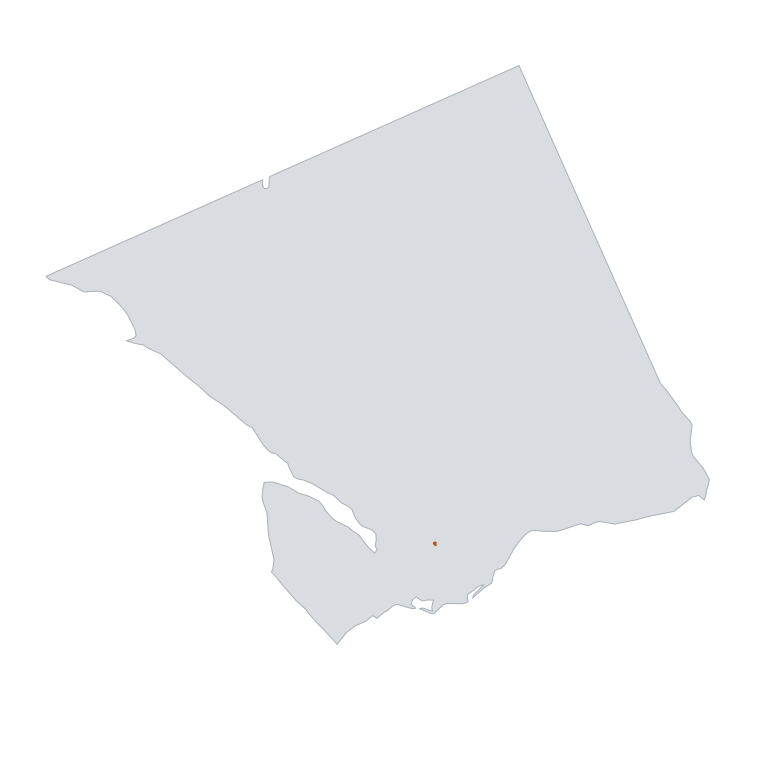 Qaha, Al Qalyubiyah, Egypt shown in context, rotated 156°
{"feature_id": "37247803B19157845766633", "entity_name": "Qaha", "entity_type": "district", "adm_level": 2, "iso_a3": "EGY", "parent_name": "Egypt", "parent_adm1": "Al Qalyubiyah", "projection": "mercator", "projection_center": [31.21, 30.293], "detail": "fine", "context": "in_parent", "style": "filled", "palette": "amber", "viewbox_px": 768, "rotation_deg": 156, "n_neighbors": 0, "source": "geoboundaries", "source_scale": "gbopen_adm2", "svg_char_len": 3773}
<svg xmlns="http://www.w3.org/2000/svg" viewBox="0 0 768 768"><g transform="rotate(156 384 384)"><path d="M648.8,619.9L634.5,619.9L620.3,619.9L606.0,619.9L591.7,619.9L577.4,619.9L563.1,619.9L548.8,619.9L534.6,619.9L520.3,619.9L506.0,619.9L491.7,620.0L477.4,620.0L463.2,620.0L448.9,620.0L434.6,620.0L420.3,620.0L412.2,620.0L413.6,615.8L414.4,612.8L413.5,610.8L410.7,610.3L408.9,610.9L404.6,619.7L402.4,620.0L397.3,620.0L380.7,620.0L364.0,620.0L347.4,620.0L330.8,620.0L314.1,620.0L297.5,620.0L280.9,620.0L264.3,620.0L247.6,620.0L231.0,620.0L214.4,620.0L197.8,620.0L181.1,620.0L164.5,620.0L147.9,620.0L131.2,620.0L131.2,609.4L131.2,598.8L131.2,588.3L131.2,577.7L131.2,567.0L131.2,556.4L131.2,545.7L131.2,535.1L131.2,524.4L131.2,513.7L131.2,502.9L131.2,492.2L131.2,481.4L131.2,470.6L131.2,459.8L131.2,449.0L131.2,438.2L131.2,427.3L131.2,416.4L131.2,405.5L131.2,394.6L131.2,383.6L131.2,372.6L131.2,361.6L131.2,350.6L131.2,339.6L131.2,328.5L131.2,317.4L131.2,306.3L131.2,295.2L131.2,284.0L131.2,272.8L130.9,270.7L128.4,263.1L126.3,253.4L123.9,241.5L123.6,237.6L119.5,225.3L119.2,221.8L120.2,219.3L126.8,208.8L128.7,203.8L130.4,197.7L131.0,192.7L129.0,185.1L126.8,178.3L126.0,171.2L125.7,164.3L129.0,159.6L133.1,155.2L134.6,152.5L137.0,149.4L138.6,148.0L141.9,154.2L148.7,155.3L171.0,149.7L195.5,155.3L209.1,157.4L229.9,162.1L242.7,170.6L246.1,171.6L255.3,171.5L261.3,176.4L285.1,178.8L297.8,184.3L305.0,188.6L309.3,190.0L313.2,189.8L318.3,188.1L324.9,185.0L332.0,180.8L346.7,169.8L351.9,167.9L355.3,168.4L359.4,168.2L361.1,165.2L363.3,163.2L364.7,160.9L366.9,158.1L374.6,157.3L389.9,152.5L388.2,154.8L374.2,160.1L380.2,160.8L386.4,159.0L393.3,157.8L394.6,155.5L395.5,151.2L396.9,150.6L401.7,151.4L416.1,158.0L419.7,158.2L429.8,154.6L432.0,153.8L435.2,155.8L442.7,164.0L440.1,163.8L432.1,156.8L431.4,160.3L426.8,166.5L432.5,169.2L437.2,170.2L439.6,173.6L441.2,176.6L445.8,175.3L449.1,171.2L447.4,168.8L446.2,166.4L447.7,166.4L450.9,168.3L460.0,176.2L463.0,177.9L466.6,177.6L474.0,175.4L476.0,175.7L486.0,172.8L487.1,175.0L488.8,177.1L496.8,174.7L509.3,174.7L519.6,172.2L531.5,165.9L532.5,165.0L533.1,166.5L534.5,170.8L538.1,181.6L541.3,190.1L545.2,201.8L546.4,206.3L546.9,209.4L552.5,222.2L555.8,232.8L558.3,241.3L561.7,253.8L563.2,258.1L560.8,260.3L555.9,268.4L550.7,293.9L543.3,313.8L542.4,326.2L541.2,330.6L537.7,336.9L533.4,343.0L525.8,339.9L513.4,329.1L506.2,318.8L498.4,312.2L491.1,303.4L489.1,297.0L489.2,292.9L486.0,283.0L483.6,278.3L474.7,267.6L472.1,261.9L470.2,259.4L468.2,255.9L465.0,242.0L461.4,233.2L457.4,235.6L458.1,239.3L454.6,244.5L452.4,250.4L454.1,255.3L461.4,262.6L462.9,265.8L464.6,272.8L464.3,282.3L465.5,285.5L470.9,292.5L472.9,296.7L474.1,300.2L475.9,303.5L481.3,309.6L489.1,321.1L496.5,328.9L501.9,332.7L504.1,336.4L504.6,346.1L504.2,350.7L508.9,359.4L510.7,363.8L515.2,367.4L517.3,371.5L519.2,378.1L522.1,397.6L526.0,402.4L538.2,428.0L548.4,444.1L553.4,456.1L561.0,470.6L575.8,502.5L584.6,512.3L588.2,517.8L594.6,522.0L601.5,528.2L594.9,527.6L593.2,527.9L590.9,529.0L589.8,532.7L589.3,535.7L590.1,551.7L591.9,559.8L597.7,575.2L602.1,579.8L604.2,582.8L607.1,585.0L620.9,590.2L628.9,601.2L647.0,615.2L648.8,619.0L648.8,619.9Z" fill="#d9dde1" stroke="#a8b0b8" stroke-width="1"/><path d="M403.3,218.3L403.3,218.2L403.4,217.9L403.5,217.7L403.5,217.4L403.5,217.2L403.4,217.1L403.3,216.9L403.2,216.9L402.9,216.8L402.9,216.7L402.7,216.3L402.6,216.1L402.7,215.9L402.7,215.7L402.4,215.6L402.2,215.6L402.1,215.8L402.3,215.8L402.3,216.0L402.3,216.3L402.3,216.5L402.2,216.6L402.2,216.8L401.9,216.9L401.8,217.0L401.9,217.3L401.7,217.5L401.4,217.5L401.2,217.8L401.3,218.0L401.4,218.3L401.5,218.4L401.5,218.5L401.8,218.6L402.0,218.7L402.3,218.6L402.5,218.6L402.8,218.5L403.0,218.6L403.3,218.3L403.3,218.3Z" fill="#f59e0b" stroke="#b45309" stroke-width="1.5"/></g></svg>